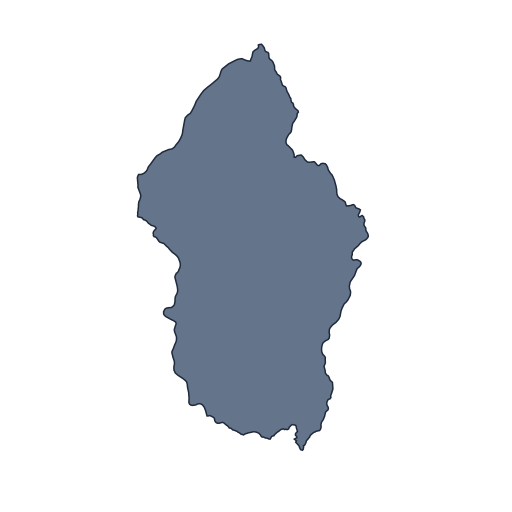 outline of Tailândia, Pará, Brazil, rotated 161°
{"feature_id": "56859067B75953677181340", "entity_name": "Tailândia", "entity_type": "district", "adm_level": 2, "iso_a3": "BRA", "parent_name": "Brazil", "parent_adm1": "Pará", "projection": "albers", "projection_center": [-48.744, -2.903], "detail": "fine", "context": "isolated", "style": "filled", "palette": "slate", "viewbox_px": 512, "rotation_deg": 161, "n_neighbors": 0, "source": "geoboundaries", "source_scale": "gbopen_adm2", "svg_char_len": 6079}
<svg xmlns="http://www.w3.org/2000/svg" viewBox="0 0 512 512"><g transform="rotate(161 256 256)"><path d="M223.5,137.5L223.8,139.0L224.9,141.3L225.0,143.8L224.7,145.4L223.9,147.7L223.2,149.1L221.8,151.1L220.8,152.1L219.7,152.6L217.4,153.3L214.8,153.6L213.6,154.4L212.1,157.3L211.7,159.9L211.3,161.0L210.1,163.3L207.9,164.9L205.8,166.0L202.2,167.1L198.8,169.0L197.8,169.8L196.1,171.7L193.7,176.0L192.1,178.1L189.2,181.1L188.2,182.0L185.9,183.0L183.7,184.3L180.6,187.2L179.7,188.1L178.5,190.6L178.1,192.0L178.2,194.7L177.5,197.3L175.6,200.4L174.8,201.3L169.3,205.4L165.0,210.6L164.0,211.3L161.5,212.3L159.5,213.9L158.9,215.1L159.0,216.3L159.5,217.3L161.2,219.3L162.4,219.9L165.3,220.3L166.0,221.5L166.3,222.6L166.0,223.9L165.5,224.8L164.6,225.8L163.8,228.2L161.7,229.7L160.7,230.6L155.9,232.5L153.4,234.1L150.9,235.1L147.7,235.5L146.2,235.9L144.0,237.3L143.3,238.3L143.1,239.7L143.1,241.1L143.8,244.2L143.1,246.8L143.9,249.6L143.5,251.2L142.9,252.3L141.8,253.5L141.3,254.9L141.7,256.2L141.5,258.1L142.5,259.8L144.0,259.5L145.3,259.0L146.1,259.9L145.9,261.4L145.1,262.4L143.9,263.4L142.3,265.6L143.1,266.8L145.8,269.0L146.3,271.8L147.0,272.8L148.4,273.1L149.8,272.9L153.0,273.5L154.1,273.9L154.3,275.0L154.1,277.8L154.6,279.0L156.7,281.7L157.8,282.8L159.2,285.5L159.3,288.1L159.0,289.7L158.1,292.6L157.6,296.1L157.2,302.2L157.4,305.4L157.8,308.3L158.5,309.5L159.3,312.5L159.6,314.2L159.4,316.2L159.8,319.2L160.5,320.7L161.7,321.4L163.2,322.0L164.4,322.1L166.7,321.0L167.9,321.3L168.6,322.3L169.6,325.1L170.2,326.1L171.3,326.5L174.1,327.0L175.6,327.5L176.8,328.2L178.5,331.3L179.0,334.0L180.2,336.6L181.4,337.1L182.6,337.1L183.8,337.4L185.1,337.2L186.5,336.4L187.7,336.9L186.9,339.9L187.0,344.3L189.8,350.1L190.6,351.2L190.7,352.4L190.7,353.9L189.3,356.6L188.2,357.8L186.4,359.5L185.1,360.5L183.2,361.3L182.2,362.3L181.5,363.3L180.3,365.8L178.7,368.6L177.8,369.7L176.2,370.8L172.7,373.7L171.9,374.6L170.6,377.3L169.1,378.2L169.0,379.7L170.9,382.9L171.6,385.0L171.5,386.2L171.2,387.3L171.4,388.6L172.3,389.7L172.2,392.1L171.8,393.7L172.3,395.1L172.5,398.6L173.1,401.4L172.9,405.5L173.4,406.7L174.5,407.6L175.4,408.9L175.3,413.2L175.5,414.7L174.9,415.9L174.5,417.3L175.0,418.7L176.7,420.9L177.1,424.0L177.6,425.2L177.6,426.4L176.6,429.8L176.8,431.9L176.7,433.1L177.4,435.6L178.8,437.7L179.2,439.0L178.1,443.3L178.4,444.6L179.4,445.3L180.3,446.3L180.7,447.5L180.4,449.9L181.0,452.4L181.8,454.4L183.5,454.8L185.1,454.8L185.4,453.1L186.1,452.2L187.4,451.5L190.3,450.9L192.4,450.0L195.2,445.3L196.2,444.4L198.0,442.1L200.8,443.5L203.4,445.6L205.0,447.2L209.0,447.9L211.7,447.7L219.3,446.6L227.0,443.9L228.6,442.5L232.2,437.6L234.8,435.8L243.1,432.6L246.8,431.4L251.5,429.5L255.2,427.1L262.1,421.8L265.0,418.4L269.2,414.3L271.6,412.3L274.9,411.4L277.9,409.7L279.6,407.0L284.6,398.1L285.1,396.8L286.7,394.3L289.7,391.2L291.9,389.3L295.7,387.0L296.9,386.0L298.0,385.4L300.3,384.6L302.2,384.8L303.8,385.1L308.7,384.8L310.7,384.7L313.5,383.7L316.9,383.1L319.3,381.8L326.1,377.0L327.2,376.4L329.2,374.9L330.8,372.9L332.2,371.9L334.6,370.8L337.0,370.5L338.3,370.6L340.5,371.3L342.1,369.6L342.7,368.6L344.7,360.7L345.3,359.6L345.1,352.3L345.2,351.0L345.8,349.5L347.6,346.8L348.6,346.0L349.3,345.1L350.4,342.9L351.2,340.6L352.0,339.2L352.4,337.9L353.8,335.5L354.2,333.8L354.9,332.7L355.0,331.6L351.5,329.4L350.3,326.7L349.2,326.1L347.7,324.1L347.4,322.8L346.8,321.6L345.8,320.4L345.2,319.2L343.0,317.7L341.4,315.7L341.6,314.4L343.9,313.2L345.1,312.2L345.8,311.2L345.9,309.9L346.4,308.7L346.1,307.5L345.0,306.8L344.2,305.8L343.4,303.1L343.2,302.0L342.5,300.5L340.3,298.7L339.2,298.1L338.6,297.0L337.5,294.6L336.1,292.2L335.7,290.8L333.9,286.7L332.2,284.3L330.9,282.0L330.0,279.5L329.9,274.3L330.7,271.5L332.0,269.5L333.1,268.5L333.8,267.4L334.7,266.6L335.7,265.9L337.0,265.6L338.9,263.6L339.6,262.4L340.4,252.8L341.1,249.4L341.7,248.0L342.6,246.6L345.4,243.9L346.1,242.7L347.6,239.0L348.9,236.8L349.8,235.9L352.4,234.9L353.8,235.0L355.0,235.5L357.7,235.9L359.5,235.4L361.6,233.3L361.9,232.2L362.2,231.1L361.9,229.7L360.9,228.0L356.4,223.0L355.4,222.2L353.6,219.9L353.4,218.5L354.0,217.3L354.9,216.3L357.2,213.1L357.6,211.3L357.5,205.7L357.9,204.2L358.7,202.2L359.8,200.6L361.9,198.4L364.3,195.4L366.5,193.1L367.0,192.0L367.5,186.9L367.5,183.2L367.7,182.1L368.5,180.0L369.4,178.6L370.1,176.9L370.7,174.8L370.4,171.7L368.6,168.6L364.8,163.7L363.3,161.2L362.8,160.1L362.6,158.9L362.8,157.0L363.5,154.1L364.1,149.0L365.6,143.2L367.0,139.8L367.2,138.5L367.0,137.4L366.1,136.2L364.7,135.4L362.7,135.0L361.2,134.8L359.4,135.1L358.0,134.9L356.7,134.3L355.7,133.5L354.9,132.1L354.3,130.4L354.1,129.3L354.0,126.2L354.4,120.7L353.1,120.3L351.7,120.2L349.8,118.5L348.9,117.4L348.2,116.2L348.6,113.6L348.3,112.3L347.7,111.1L346.6,110.3L344.8,109.8L342.1,109.7L340.9,108.9L338.9,105.5L338.1,104.6L337.2,102.0L336.1,101.6L335.2,100.3L334.6,99.1L333.5,98.5L331.0,96.3L330.2,95.0L329.3,94.3L328.0,92.2L327.0,91.7L326.1,90.9L323.6,91.4L322.4,91.2L320.9,91.3L318.3,90.9L315.7,90.7L314.4,90.1L313.1,89.4L311.2,87.7L310.6,86.7L310.1,85.4L309.8,83.9L309.2,82.8L308.0,82.5L306.3,80.8L305.0,80.3L303.3,78.7L302.1,78.3L300.1,80.2L298.9,80.4L297.5,80.2L296.5,81.2L295.3,81.5L294.3,82.1L292.9,82.6L291.7,82.8L289.1,83.8L286.5,83.7L285.5,82.6L284.2,82.5L283.1,81.7L281.6,81.8L280.0,83.4L277.9,84.5L276.6,84.8L273.7,83.1L273.5,82.0L273.8,80.2L273.9,76.5L275.2,76.0L276.5,75.1L277.1,73.7L276.3,72.2L276.5,70.9L279.4,70.4L277.9,68.0L279.1,67.0L277.1,62.5L277.2,60.8L276.9,58.4L275.3,57.2L274.3,57.8L273.1,60.0L272.9,61.2L271.7,61.2L269.8,63.0L268.2,65.2L266.9,65.6L265.9,66.5L264.4,67.2L263.6,68.2L262.5,69.0L258.9,70.4L257.4,70.4L256.2,70.7L252.7,70.3L251.4,71.2L250.1,73.1L249.4,75.7L247.9,77.8L245.8,79.3L243.4,82.0L241.4,85.2L240.5,86.1L238.1,87.0L237.2,88.3L237.0,89.9L237.4,91.3L237.3,92.7L237.0,93.9L236.2,95.2L234.5,96.8L232.3,96.9L231.3,97.7L231.1,98.9L230.5,100.1L228.9,102.0L226.6,105.2L225.9,107.6L224.9,111.5L225.3,112.6L226.0,113.6L226.4,115.0L226.5,118.2L226.8,119.3L227.8,120.3L228.5,122.7L227.9,125.3L227.6,129.5L225.2,132.4L224.5,134.8L223.5,137.5Z" fill="#64748b" stroke="#1e293b" stroke-width="1.5"/></g></svg>